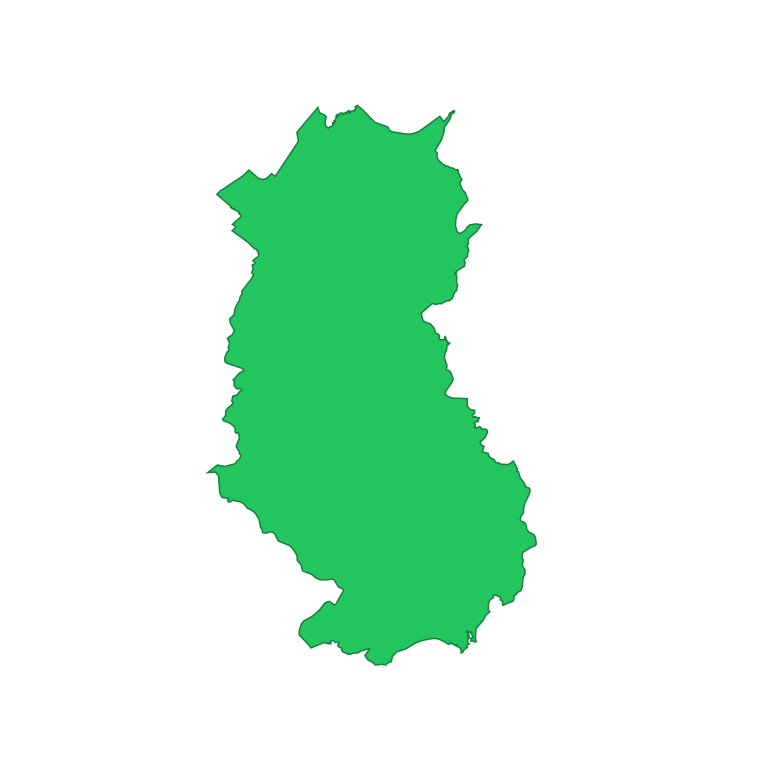 Baia Mare, Maramures, Romania, rotated 147°
{"feature_id": "2599482B84718218720770", "entity_name": "Baia Mare", "entity_type": "district", "adm_level": 2, "iso_a3": "ROU", "parent_name": "Romania", "parent_adm1": "Maramures", "projection": "robinson", "projection_center": [23.589, 47.741], "detail": "fine", "context": "isolated", "style": "filled", "palette": "green", "viewbox_px": 768, "rotation_deg": 147, "n_neighbors": 0, "source": "geoboundaries", "source_scale": "gbopen_adm2", "svg_char_len": 6171}
<svg xmlns="http://www.w3.org/2000/svg" viewBox="0 0 768 768"><g transform="rotate(147 384 384)"><path d="M420.9,634.0L415.6,615.7L416.4,615.6L415.9,614.0L414.9,612.4L414.2,612.7L414.4,611.8L411.7,606.4L412.8,606.2L412.2,602.4L424.2,600.4L422.5,596.3L427.9,595.3L420.9,576.8L419.0,568.0L417.5,566.5L418.0,564.5L417.1,563.7L417.8,561.9L418.4,562.2L419.4,559.5L426.7,559.0L426.1,556.0L428.4,555.0L429.3,555.8L430.4,554.4L430.7,552.3L434.5,549.2L433.7,546.9L434.1,546.5L438.1,544.4L452.6,539.3L454.2,536.6L456.2,536.0L458.6,534.3L458.8,533.4L465.2,530.2L468.4,527.9L472.2,523.8L477.5,522.8L478.4,521.9L479.7,518.8L480.5,510.1L485.3,507.6L487.3,508.0L490.7,507.3L490.5,505.6L491.3,502.5L495.0,499.1L495.4,496.9L497.8,496.3L502.1,493.8L504.6,491.0L505.1,489.1L504.3,486.7L494.2,474.2L494.4,471.4L498.8,472.0L508.3,469.6L507.7,468.5L510.6,464.3L510.3,461.7L510.0,460.0L506.3,458.0L506.8,456.2L508.8,456.5L513.5,454.8L517.4,456.2L521.1,452.5L520.5,450.4L522.7,449.8L522.9,449.1L527.0,449.2L531.3,447.8L534.1,443.7L538.5,442.4L538.7,440.8L534.6,435.2L532.9,430.0L533.0,427.9L535.1,424.6L534.6,423.1L532.6,422.7L532.6,421.9L534.6,417.6L542.0,412.2L542.4,405.7L543.3,404.3L542.6,401.9L547.0,399.4L549.1,399.6L552.4,398.2L562.7,401.7L567.8,406.8L580.1,405.7L573.5,402.1L572.7,397.3L580.9,382.4L581.6,378.7L581.3,376.7L576.6,372.7L578.1,371.7L578.8,370.3L578.1,369.2L574.2,368.8L568.2,363.0L566.6,359.0L566.4,354.7L563.6,349.7L562.3,345.8L562.5,338.5L565.5,331.5L565.6,328.4L566.7,325.3L564.0,323.1L560.0,322.0L558.3,320.6L557.2,317.9L558.1,310.9L557.7,309.1L551.4,300.4L550.5,297.2L550.1,290.1L550.6,287.1L552.9,283.0L552.0,277.5L553.9,272.5L553.8,271.2L548.4,264.0L546.7,258.3L544.1,254.4L537.1,250.0L533.2,248.5L532.4,246.5L532.8,238.8L530.0,234.2L529.9,233.2L544.3,225.6L545.9,225.6L548.1,231.3L550.0,232.2L553.2,232.4L561.1,229.6L570.4,228.3L580.2,229.0L584.2,227.6L589.2,223.5L591.8,219.7L589.3,206.8L589.0,202.5L574.9,199.7L571.8,196.1L571.2,196.3L570.0,195.1L569.3,196.0L569.6,197.1L567.8,197.6L566.0,195.8L565.6,193.7L563.1,192.7L562.5,191.6L564.9,190.4L565.3,189.1L564.4,186.7L563.1,185.4L564.5,183.7L564.5,181.9L561.8,177.7L559.8,175.9L556.0,174.9L552.7,172.9L548.5,172.5L540.4,170.0L540.5,169.5L547.9,166.7L547.8,161.5L545.5,157.5L544.0,152.8L537.9,149.9L537.2,148.6L535.2,147.4L532.9,148.1L529.4,147.1L525.2,150.9L519.1,152.5L510.6,150.1L497.5,149.5L492.0,148.2L484.3,145.2L479.7,142.8L476.9,140.1L473.1,133.8L472.4,131.7L471.0,131.4L471.3,130.7L470.4,129.9L468.9,130.5L467.0,126.5L465.2,125.7L466.1,125.1L463.7,120.6L464.7,117.7L465.8,116.8L464.3,116.0L461.8,117.4L457.4,117.7L456.9,119.9L454.1,119.6L454.8,121.3L452.6,124.5L451.5,124.3L450.0,125.8L451.0,126.0L451.1,127.7L449.1,127.6L449.9,130.9L449.5,131.2L448.9,129.3L447.7,129.4L447.9,130.2L445.7,127.9L446.7,127.5L447.3,122.9L449.8,123.7L449.9,122.4L451.2,121.1L449.0,119.8L448.0,117.8L447.1,117.7L445.6,121.4L440.2,128.6L428.9,132.1L424.8,134.6L419.3,135.5L419.7,138.3L418.6,138.8L416.1,142.7L413.3,145.0L408.8,145.3L407.4,146.8L405.9,146.9L402.4,141.7L404.0,139.7L402.9,137.3L404.9,134.4L404.6,133.4L401.3,133.2L394.2,131.5L392.1,132.8L390.4,135.2L384.4,136.5L381.9,136.1L378.7,138.4L372.6,146.1L369.0,148.1L367.0,151.4L366.9,156.6L363.0,160.5L363.0,163.1L359.4,167.2L349.9,167.0L345.1,166.1L343.4,166.9L340.7,172.6L340.3,175.8L343.2,181.2L343.5,184.1L341.7,187.8L341.5,191.3L344.1,194.7L343.9,195.8L340.7,198.9L337.3,200.0L334.0,204.4L330.5,207.5L321.7,212.9L319.6,215.0L318.7,217.2L321.4,221.0L320.7,222.4L320.4,226.0L321.0,230.5L319.1,237.5L320.1,238.7L318.5,239.8L318.2,241.0L317.5,249.0L321.0,248.5L323.9,249.0L329.8,253.2L330.6,255.3L332.5,256.5L333.0,257.7L332.9,261.0L334.6,263.4L335.3,266.3L334.4,269.1L338.6,273.5L334.0,277.4L335.5,279.1L335.1,282.9L328.5,284.0L323.3,287.2L322.7,289.4L323.6,290.9L326.4,292.9L326.7,295.6L328.2,296.6L330.1,296.4L330.7,297.5L331.9,298.0L329.6,300.0L329.6,302.1L328.3,302.3L325.2,301.2L324.8,302.6L322.6,303.4L322.6,304.1L324.8,305.7L325.4,307.3L327.4,307.6L327.3,309.6L323.5,310.3L323.4,312.3L322.3,312.5L325.4,315.2L326.4,320.0L322.1,326.3L334.4,335.0L337.1,338.8L338.4,342.0L337.1,343.9L325.5,348.7L323.3,350.5L321.8,356.8L322.2,360.1L324.2,361.9L321.1,365.1L319.1,373.1L316.2,376.4L312.9,378.5L310.4,381.8L306.6,382.4L308.3,384.3L307.5,385.1L308.0,386.4L306.8,389.7L307.1,390.5L309.4,388.1L313.0,391.0L312.9,392.2L311.1,394.2L311.2,395.8L313.2,399.0L312.2,401.0L311.6,404.6L312.5,409.9L314.5,411.6L316.7,415.6L315.2,421.1L314.3,422.1L314.4,423.1L299.7,425.2L296.8,422.2L294.8,421.9L292.4,420.2L286.3,419.6L283.6,418.2L279.9,418.7L274.7,422.5L272.4,422.7L268.1,427.4L268.0,429.6L264.7,434.0L264.0,436.2L264.6,437.3L263.6,438.9L262.9,437.6L261.4,439.2L252.2,439.0L251.4,440.4L249.8,441.4L249.9,442.6L248.7,445.0L244.4,445.4L243.4,447.5L240.2,449.9L239.4,452.8L239.8,454.3L237.2,455.3L233.9,459.9L223.1,461.5L215.4,464.6L220.4,468.6L225.3,470.7L228.3,470.4L233.0,468.6L238.1,468.6L239.7,471.8L238.0,477.6L233.8,483.3L230.1,486.8L219.6,490.9L213.9,492.3L212.9,493.8L211.7,500.3L212.3,504.1L211.4,509.8L210.7,511.6L207.2,513.0L207.4,515.7L206.5,519.0L207.0,520.4L205.9,521.6L205.4,523.5L207.5,525.0L208.9,528.0L210.3,528.7L211.9,532.1L213.9,533.2L213.7,534.4L215.2,536.8L216.5,543.5L215.8,545.6L213.4,549.0L214.3,551.7L202.4,557.8L195.8,563.4L193.6,566.4L183.8,570.5L180.8,573.4L177.1,573.6L176.2,574.3L177.0,575.3L181.7,575.3L184.8,573.1L191.0,571.6L191.4,578.1L216.8,576.7L222.4,577.9L227.7,580.3L239.2,590.4L241.2,593.3L240.9,597.7L249.2,608.4L252.4,624.8L254.6,632.2L257.3,632.2L257.4,631.5L256.2,631.0L257.5,630.9L259.6,629.0L260.0,629.8L263.8,630.6L264.8,629.6L265.4,631.0L263.9,631.2L264.9,632.7L268.0,631.1L267.8,632.7L270.2,632.5L270.8,633.2L271.6,632.5L272.2,633.0L271.8,634.2L272.7,634.9L274.3,635.1L275.2,634.2L276.5,635.4L276.9,634.5L277.5,635.1L278.6,634.6L277.8,633.4L280.2,633.0L280.9,631.9L282.5,631.9L282.0,630.4L283.3,630.8L284.0,629.8L284.8,630.9L286.5,628.4L289.5,629.2L291.5,628.8L292.4,633.0L289.4,637.4L286.8,639.7L287.6,642.5L290.3,646.6L288.8,652.0L320.0,642.5L323.6,634.1L362.1,617.4L363.9,621.7L370.3,620.4L373.8,621.2L377.2,624.5L380.7,637.0L389.1,635.4L416.5,635.1L420.9,634.0Z" fill="#22c55e" stroke="#15803d" stroke-width="1.5"/></g></svg>